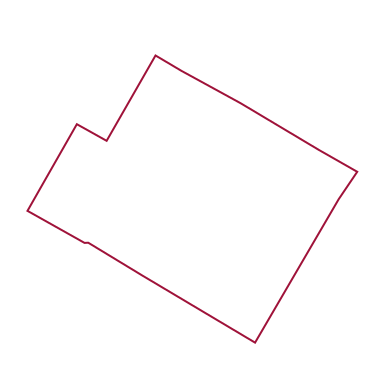 Harrison, Ohio, United States of America, rotated 28°
{"feature_id": "52423323B91604440598292", "entity_name": "Harrison", "entity_type": "district", "adm_level": 2, "iso_a3": "USA", "parent_name": "United States of America", "parent_adm1": "Ohio", "projection": "mercator", "projection_center": [-81.155, 40.296], "detail": "fine", "context": "isolated", "style": "outline", "palette": "rose", "viewbox_px": 384, "rotation_deg": 28, "n_neighbors": 0, "source": "geoboundaries", "source_scale": "gbopen_adm2", "svg_char_len": 334}
<svg xmlns="http://www.w3.org/2000/svg" viewBox="0 0 384 384"><g transform="rotate(28 192 192)"><path d="M56.5,254.1L55.6,285.9L121.0,287.4L124.2,285.5L187.7,289.1L318.4,295.4L324.9,129.5L328.4,96.6L284.4,95.3L193.4,90.8L125.8,90.0L95.7,88.6L92.6,186.9L58.5,186.2L56.5,254.1Z" fill="none" stroke="#9f1239" stroke-width="2"/></g></svg>